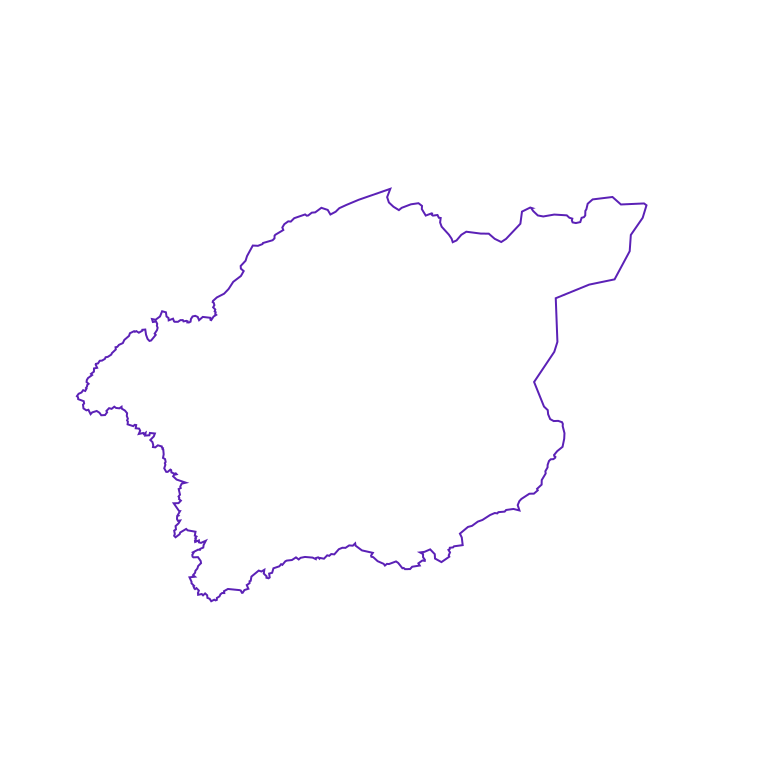 the district of Killaloe Lea-5, Clare, Ireland, rotated 345°
{"feature_id": "5873133B2483267720769", "entity_name": "Killaloe Lea-5", "entity_type": "district", "adm_level": 2, "iso_a3": "IRL", "parent_name": "Ireland", "parent_adm1": "Clare", "projection": "natural_earth1", "projection_center": [-8.743, 52.879], "detail": "fine", "context": "isolated", "style": "outline", "palette": "violet", "viewbox_px": 768, "rotation_deg": 345, "n_neighbors": 0, "source": "geoboundaries", "source_scale": "gbopen_adm2", "svg_char_len": 6142}
<svg xmlns="http://www.w3.org/2000/svg" viewBox="0 0 768 768"><g transform="rotate(345 384 384)"><path d="M653.1,262.5L633.3,259.7L627.4,262.6L624.7,267.6L623.3,268.9L622.0,273.3L620.3,274.6L617.9,274.6L615.5,278.4L611.0,278.2L608.0,276.7L607.8,274.7L608.7,273.0L606.1,271.4L604.2,268.4L592.3,264.4L581.2,263.4L576.2,261.0L572.9,255.6L571.8,252.5L572.6,252.5L570.9,251.4L561.9,253.2L557.2,264.5L539.5,275.4L534.0,277.2L528.5,272.4L524.1,265.9L516.5,263.8L502.9,258.2L497.3,259.9L491.2,264.1L487.1,264.8L486.9,261.1L485.3,256.5L480.4,247.0L480.0,242.5L481.7,238.3L480.0,237.6L479.4,234.6L474.8,234.0L474.0,233.0L474.6,231.8L474.2,231.5L467.9,232.1L465.8,224.8L466.8,221.8L464.1,218.3L456.5,217.4L446.7,218.4L443.4,219.9L439.0,215.2L435.7,209.9L435.4,204.3L440.6,197.1L407.3,199.5L394.0,201.3L386.3,202.6L381.9,205.1L376.1,206.4L374.7,201.3L369.1,197.6L362.0,200.4L358.6,199.8L354.4,201.6L352.9,201.4L351.7,199.8L340.2,200.6L336.0,203.0L333.6,202.1L329.1,203.8L326.3,206.5L326.6,209.2L317.7,211.7L316.7,212.4L315.9,215.0L313.6,216.3L303.6,216.5L302.8,217.4L298.0,217.9L293.1,216.3L284.8,225.0L282.2,229.1L276.1,232.9L275.6,235.5L277.7,238.6L273.8,242.6L264.8,246.3L258.5,252.0L252.9,255.4L245.0,257.1L240.3,259.5L239.7,260.6L240.5,261.4L240.6,263.9L238.8,265.7L240.3,268.4L239.2,270.1L240.0,271.1L239.1,272.7L239.8,273.8L236.9,274.7L233.6,277.6L233.0,277.1L233.4,275.1L226.3,272.3L221.9,274.5L221.4,271.0L219.3,269.3L216.6,269.2L214.3,271.3L213.3,273.7L211.5,274.1L210.0,273.6L210.5,272.6L209.6,271.9L206.5,271.6L206.2,270.2L203.9,269.6L201.1,270.6L198.0,269.8L197.4,269.2L197.1,266.3L192.5,266.8L192.9,264.4L191.4,262.5L191.9,258.3L188.5,256.3L185.1,260.8L180.0,262.8L176.7,261.2L176.8,264.3L180.0,264.6L180.5,267.2L179.7,268.9L179.9,271.1L178.7,273.2L175.5,276.0L176.2,277.5L170.3,281.7L168.6,281.7L167.3,279.3L166.9,274.9L167.5,269.6L164.6,269.1L164.3,270.0L160.5,271.0L158.4,268.8L156.9,269.1L156.3,268.3L151.7,269.2L150.2,271.5L144.6,274.2L142.3,276.9L138.1,277.6L136.0,279.1L134.2,279.0L133.9,281.2L129.1,283.8L128.2,285.0L124.2,286.3L122.0,286.1L120.9,287.5L117.7,288.4L115.4,288.0L113.1,290.1L110.9,290.0L110.5,290.7L111.1,294.1L107.9,293.9L107.0,297.0L103.6,298.4L104.4,299.8L99.7,301.6L98.0,303.2L97.2,305.1L98.7,307.4L97.0,308.2L96.5,309.6L95.1,310.7L95.5,311.4L93.6,313.4L91.8,312.1L89.6,313.9L86.5,314.4L84.2,316.3L85.0,317.5L84.7,319.5L89.5,322.9L89.3,325.2L87.9,326.1L87.4,329.8L89.7,332.4L91.8,332.4L92.8,337.2L94.8,335.9L99.5,335.7L101.7,338.1L102.8,341.0L106.5,341.8L109.2,339.7L108.9,338.2L112.2,336.2L114.5,337.5L117.6,336.1L119.0,337.8L122.1,339.0L124.6,338.1L124.3,339.9L126.9,342.6L128.3,345.7L127.3,348.2L127.6,351.3L126.4,352.6L126.9,354.0L125.9,356.6L130.9,359.8L132.6,358.9L134.0,359.5L132.7,362.5L135.9,363.7L136.4,366.0L134.2,368.8L138.7,369.0L139.0,370.2L141.1,369.4L139.9,372.0L144.1,372.8L145.2,370.7L149.9,372.5L148.1,375.0L143.8,377.6L145.3,380.2L145.3,383.3L144.5,385.1L146.7,386.0L149.7,384.7L153.2,386.8L153.0,388.0L153.9,388.8L153.3,389.8L153.8,390.3L153.0,394.9L151.4,398.2L153.1,399.9L152.9,402.8L151.8,403.7L151.9,405.5L149.9,408.5L150.9,412.5L152.3,412.9L155.5,411.4L156.1,412.0L155.8,414.4L158.5,416.5L159.7,416.4L160.3,417.5L157.6,417.4L156.4,418.6L158.9,422.6L167.0,428.0L162.8,427.9L160.7,430.3L160.7,431.9L158.5,432.3L158.3,438.1L156.4,439.5L156.8,441.0L156.2,442.1L157.6,444.1L154.7,445.9L150.0,444.8L153.2,453.7L154.1,454.0L150.8,457.3L151.3,457.9L150.0,458.1L149.1,460.9L149.5,462.8L151.8,463.1L149.5,465.4L145.9,467.3L145.4,470.6L143.4,471.3L143.1,474.8L142.0,476.3L143.0,478.1L147.7,476.2L148.7,474.7L155.4,472.8L156.4,474.5L163.7,477.9L162.0,481.5L163.4,482.8L161.9,484.0L162.3,484.5L161.4,485.8L161.8,486.3L160.8,486.6L160.7,487.7L164.7,487.2L164.3,489.1L166.1,490.1L171.3,489.3L168.1,492.8L167.1,495.2L163.7,495.7L163.3,496.5L161.5,495.9L156.0,497.1L156.5,497.6L154.6,499.4L154.4,501.2L155.0,502.1L159.5,503.1L161.1,507.5L160.9,509.7L157.4,511.7L155.9,514.0L153.5,515.6L152.7,517.4L150.1,519.2L151.5,521.2L146.1,520.4L146.9,525.3L146.5,526.7L148.3,529.8L147.6,530.1L147.9,532.5L148.4,533.2L150.0,532.6L151.7,535.6L150.2,537.7L149.9,539.5L153.6,539.7L154.5,541.3L157.0,540.0L158.5,542.3L158.1,544.9L160.0,546.3L160.9,549.1L164.2,548.4L165.2,549.4L166.6,549.3L167.2,547.4L170.1,546.6L171.6,544.8L173.6,544.0L175.6,544.6L175.8,542.7L180.2,541.6L191.1,545.7L192.2,546.4L192.7,548.9L193.4,549.1L195.9,546.9L200.0,546.7L199.4,542.7L202.6,541.6L203.1,539.7L204.3,539.6L206.1,535.7L214.7,531.8L217.1,533.4L220.3,532.5L218.8,536.0L220.8,539.4L220.3,540.7L222.2,541.8L223.5,541.3L224.0,537.4L227.1,537.4L229.5,533.4L235.7,533.0L238.0,531.4L239.0,532.4L242.8,529.7L244.4,529.4L249.5,530.2L254.1,528.7L256.2,531.4L258.4,530.3L262.9,530.6L270.1,533.2L272.8,535.5L273.2,534.5L275.5,534.4L276.5,536.0L277.1,535.4L280.8,537.2L284.8,534.8L286.7,535.8L289.0,534.6L291.9,535.7L297.6,531.9L301.4,531.4L304.4,532.3L308.6,530.9L312.0,532.1L314.9,530.5L314.7,532.8L319.6,539.0L329.5,544.2L327.1,546.4L327.1,547.6L328.8,548.5L332.0,553.5L337.1,557.6L337.9,559.6L340.3,558.5L342.2,559.2L349.7,558.5L351.4,560.5L354.1,566.7L355.4,566.8L356.4,568.3L361.3,569.5L363.9,567.8L371.5,568.6L370.8,566.1L375.4,564.4L377.6,565.4L378.0,564.4L376.9,561.4L377.7,558.4L375.2,556.0L379.6,556.6L385.8,555.7L389.0,561.5L388.1,565.8L393.4,570.9L402.4,567.7L402.2,566.2L404.2,563.7L403.3,560.9L404.7,560.5L405.2,559.2L408.4,559.7L409.6,558.9L418.3,560.0L419.4,552.4L418.6,548.2L428.1,543.8L432.3,543.8L439.0,541.2L443.9,540.8L452.6,538.0L457.6,537.3L460.0,538.3L461.3,537.4L467.5,538.5L469.4,537.3L476.7,538.2L482.1,541.2L481.8,535.6L484.4,532.2L486.9,530.6L496.0,527.6L500.4,528.7L505.0,526.5L504.7,524.9L510.2,522.0L511.5,517.6L517.0,512.3L517.3,510.0L520.4,506.9L521.1,504.5L523.4,501.1L525.5,499.9L528.2,500.4L530.3,499.5L530.7,498.7L529.8,497.5L529.9,496.6L533.9,493.7L540.2,490.9L543.9,483.5L545.6,478.2L545.7,470.9L546.4,468.9L546.1,467.0L542.7,464.7L538.3,463.7L535.4,460.9L534.7,455.7L535.4,451.6L532.7,447.2L529.5,420.9L556.8,397.0L562.4,388.2L572.1,345.6L607.9,341.1L633.8,342.6L655.7,319.3L661.0,303.9L676.9,290.4L683.8,279.3L681.9,276.9L659.3,271.9L653.1,262.5Z" fill="none" stroke="#5b21b6" stroke-width="2"/></g></svg>